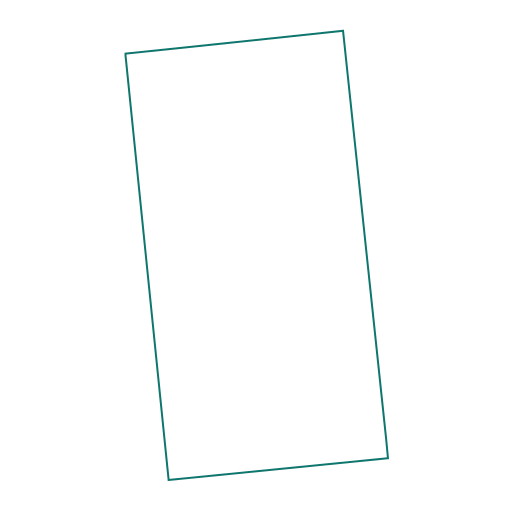 Logan, North Dakota, United States of America, rotated 264°
{"feature_id": "52423323B86928550468841", "entity_name": "Logan", "entity_type": "district", "adm_level": 2, "iso_a3": "USA", "parent_name": "United States of America", "parent_adm1": "North Dakota", "projection": "equal_earth", "projection_center": [-99.372, 46.458], "detail": "fine", "context": "isolated", "style": "outline", "palette": "teal", "viewbox_px": 512, "rotation_deg": 264, "n_neighbors": 0, "source": "geoboundaries", "source_scale": "gbopen_adm2", "svg_char_len": 271}
<svg xmlns="http://www.w3.org/2000/svg" viewBox="0 0 512 512"><g transform="rotate(264 256 256)"><path d="M470.9,147.4L469.0,147.2L269.5,146.5L42.4,145.7L41.1,366.1L59.8,366.3L470.9,366.1L470.8,256.2L470.9,147.4Z" fill="none" stroke="#0f766e" stroke-width="2"/></g></svg>